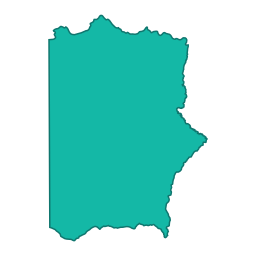 outline of Trapeang Prasat, Siemréab, Cambodia
{"feature_id": "14789045B58524041159765", "entity_name": "Trapeang Prasat", "entity_type": "district", "adm_level": 2, "iso_a3": "KHM", "parent_name": "Cambodia", "parent_adm1": "Siemréab", "projection": "mercator", "projection_center": [104.395, 14.168], "detail": "fine", "context": "isolated", "style": "filled", "palette": "teal", "viewbox_px": 256, "rotation_deg": 0, "n_neighbors": 0, "source": "geoboundaries", "source_scale": "gbopen_adm2", "svg_char_len": 5825}
<svg xmlns="http://www.w3.org/2000/svg" viewBox="0 0 256 256"><path d="M188.2,45.0L186.4,45.1L185.7,44.7L185.5,44.2L185.7,43.5L186.5,42.3L186.8,40.0L186.2,38.7L185.4,38.0L183.7,37.8L182.9,38.0L181.4,39.3L180.5,39.7L179.2,39.7L176.9,38.6L175.9,38.6L175.4,39.1L174.6,39.2L173.0,38.6L172.4,38.2L170.8,35.5L169.6,34.4L165.8,33.4L165.0,32.8L164.3,32.6L163.4,32.9L161.7,34.7L160.8,35.2L160.4,35.4L159.6,35.2L159.0,34.8L158.2,33.7L157.9,33.2L157.6,31.9L157.3,31.5L156.9,31.3L155.6,31.3L153.5,31.6L151.8,32.6L151.2,32.6L150.0,31.0L149.5,30.6L147.8,29.7L147.4,28.9L147.3,27.3L146.8,27.1L146.0,27.7L144.6,29.7L143.7,30.7L141.7,31.4L140.1,31.6L139.5,31.8L137.8,33.6L137.2,33.8L135.1,34.3L132.5,34.0L130.7,34.1L129.4,33.7L128.2,32.7L127.6,32.4L127.2,32.5L126.4,33.1L125.8,33.1L124.2,32.0L122.0,31.6L121.4,30.7L120.9,29.5L120.3,29.1L119.1,28.7L118.5,27.7L117.2,28.0L116.4,27.9L115.4,27.4L112.3,24.4L109.5,20.5L108.3,19.5L107.7,19.3L106.2,19.8L105.8,19.6L104.1,17.9L102.6,16.0L101.9,15.5L101.0,15.4L100.3,15.6L99.5,16.4L98.7,17.9L97.6,18.9L97.0,19.3L96.4,19.5L94.6,19.4L94.1,19.5L93.6,21.3L93.2,21.8L92.0,22.6L90.4,23.4L90.2,23.9L90.8,25.1L90.7,25.9L89.8,27.2L89.1,29.1L88.3,29.9L87.3,30.6L86.1,30.7L81.3,32.8L74.4,34.7L72.0,34.4L70.8,33.8L70.2,33.3L69.2,31.9L67.8,28.9L66.8,27.6L65.9,27.0L65.6,27.0L65.1,27.6L64.2,27.9L63.0,27.1L61.3,26.5L60.7,26.5L60.1,26.9L58.6,28.2L58.1,28.5L56.1,28.9L54.7,29.5L53.5,30.5L53.7,31.1L54.9,31.8L55.2,32.3L55.3,33.1L54.4,34.1L54.3,34.6L55.4,36.6L55.6,37.4L55.4,37.9L54.6,38.7L53.4,39.3L49.0,39.7L49.8,227.4L51.7,228.0L55.2,229.6L56.5,231.0L58.1,232.1L60.0,233.8L60.9,236.4L64.8,238.6L66.6,239.0L71.2,239.4L73.5,240.6L74.6,240.6L76.5,238.4L78.0,238.2L78.8,237.7L78.9,237.1L79.3,236.3L80.5,236.0L82.3,235.0L84.8,233.9L85.9,232.8L86.2,232.1L87.5,230.9L89.6,229.7L91.2,228.2L92.8,227.3L94.7,226.5L95.9,226.5L97.4,227.1L99.7,229.2L100.1,229.1L101.2,227.7L103.4,226.4L103.9,226.1L104.8,226.5L107.7,225.8L108.3,225.5L109.3,226.2L110.1,226.2L111.2,226.5L112.8,227.2L113.5,227.7L114.1,227.9L116.1,227.6L117.4,228.1L120.4,227.3L122.9,227.2L126.2,226.6L127.6,226.6L129.0,226.8L130.2,227.2L131.9,228.2L133.8,228.8L134.6,228.7L135.2,228.1L135.6,226.9L136.3,226.3L137.2,225.0L138.3,224.3L139.1,223.7L139.3,223.4L139.7,223.5L140.1,224.0L142.7,224.7L143.2,225.0L143.9,225.7L145.1,225.3L146.2,225.1L147.0,225.2L147.8,225.5L148.7,225.5L150.7,224.7L151.7,225.2L153.5,224.5L154.4,224.9L155.0,225.6L157.1,227.1L157.8,228.0L158.5,228.5L159.5,228.6L161.1,229.3L161.4,230.0L161.4,230.5L163.7,233.4L163.8,234.7L164.4,235.6L164.2,236.6L164.6,237.3L165.4,237.6L166.5,236.9L167.1,235.8L167.6,235.5L167.4,235.1L167.3,233.6L167.8,232.2L168.3,231.4L168.0,230.9L167.8,229.9L167.5,229.3L166.5,228.7L166.4,227.7L166.5,227.2L166.8,226.9L168.7,226.0L169.2,225.7L169.5,222.1L169.7,221.8L169.8,220.9L170.2,220.4L170.2,219.9L169.9,217.9L168.7,216.2L168.4,215.1L168.3,214.2L166.2,210.5L165.6,209.3L165.6,208.7L166.4,203.9L167.0,203.1L168.6,201.6L169.2,199.9L169.1,199.0L168.1,196.3L168.4,195.7L169.2,195.6L170.9,194.9L171.4,192.2L171.3,191.6L170.8,190.9L170.8,190.3L170.9,189.2L171.6,187.5L171.1,185.1L171.3,184.8L172.5,184.2L172.6,183.9L172.8,182.6L172.7,182.0L173.1,180.8L173.1,180.1L174.0,177.9L174.2,175.8L175.6,172.9L176.0,172.5L176.6,172.0L178.1,172.1L179.8,171.3L181.3,169.7L181.7,167.6L183.4,165.5L183.7,164.4L183.4,163.8L183.7,162.8L183.9,162.6L184.8,162.5L185.5,162.1L185.5,161.5L186.6,160.9L187.5,159.1L188.4,158.4L188.9,157.3L191.3,156.8L191.9,155.5L193.9,152.2L195.2,151.2L195.9,150.9L197.0,151.0L198.6,149.0L199.2,147.4L199.8,147.3L200.3,146.5L201.3,145.6L203.0,145.1L203.1,144.8L202.9,143.7L203.4,142.3L204.3,142.2L205.0,142.4L205.5,142.4L205.8,142.3L206.1,141.9L206.0,141.5L206.1,140.8L206.4,139.7L207.0,139.1L207.0,138.8L206.6,138.5L205.4,138.3L205.2,138.0L205.3,137.7L205.8,137.2L204.9,136.5L204.5,136.0L203.9,136.0L203.1,135.7L202.9,134.9L202.3,134.7L202.3,134.2L202.0,134.0L201.5,134.3L201.2,134.3L200.8,133.6L200.6,133.5L199.8,133.7L199.2,134.2L198.9,133.5L197.5,133.4L197.5,133.2L197.9,132.8L198.1,132.2L197.5,131.7L197.0,131.6L196.5,131.2L196.1,131.3L195.8,131.6L195.5,131.6L195.3,131.2L194.9,130.8L195.1,130.5L195.0,130.1L194.6,130.2L194.4,130.0L194.5,129.7L194.2,129.5L193.8,129.3L193.7,129.6L193.9,129.7L193.6,130.0L192.9,129.6L192.5,128.8L191.9,128.8L191.6,128.6L191.5,128.3L191.1,128.1L190.3,128.0L190.1,127.8L190.4,126.8L190.3,126.3L189.8,125.8L190.0,125.5L189.5,124.9L187.8,123.7L186.6,123.8L185.8,123.5L185.6,122.8L185.2,122.2L185.2,121.9L184.8,121.1L185.2,120.6L184.8,120.0L183.8,119.6L184.0,118.8L183.8,118.5L182.4,117.7L181.9,117.6L181.2,117.0L181.1,116.7L181.7,116.5L181.9,116.3L181.9,115.9L181.7,115.7L181.0,115.7L180.4,115.3L181.4,114.4L181.3,114.1L180.9,114.0L180.7,113.5L180.4,113.4L179.7,113.6L178.6,113.5L177.7,113.1L177.7,112.7L178.1,112.2L178.4,112.2L178.1,111.7L177.6,111.5L176.9,110.8L177.0,110.3L176.7,109.2L176.7,108.9L177.6,107.9L178.0,107.9L178.3,107.6L179.3,107.6L180.1,108.2L181.7,108.3L182.0,108.1L182.0,107.8L182.9,107.7L183.2,107.2L183.9,106.9L184.0,104.7L183.2,103.8L183.2,103.4L183.7,102.7L184.4,102.3L184.9,100.5L184.8,99.9L185.1,98.8L185.6,97.8L186.1,97.8L186.4,97.5L186.3,97.0L186.7,96.4L186.5,95.6L186.0,94.3L185.2,93.9L185.3,93.6L186.0,92.5L185.7,91.0L185.9,89.7L184.8,87.5L185.1,87.2L185.1,86.9L183.7,85.6L183.4,85.6L183.0,85.8L182.9,85.5L182.6,85.4L182.3,84.8L183.4,84.3L183.5,84.1L183.4,83.8L183.8,83.0L183.8,81.7L182.9,80.6L182.7,79.7L183.2,78.6L183.3,78.3L183.1,78.0L183.3,77.5L184.0,76.5L184.0,75.9L182.9,74.4L182.5,73.5L183.1,71.6L183.1,71.3L183.3,70.5L183.3,70.1L183.7,69.4L183.6,67.7L184.1,65.2L184.6,64.3L185.0,63.3L185.5,62.8L185.7,62.3L185.7,61.0L185.9,61.0L186.1,60.7L186.1,59.8L186.9,59.0L186.8,58.4L187.3,56.8L187.3,56.3L186.9,55.8L187.0,55.3L187.6,54.1L187.1,53.3L187.5,50.4L187.6,48.6L188.2,46.4L188.2,45.0Z" fill="#14b8a6" stroke="#0f766e" stroke-width="1.5"/></svg>